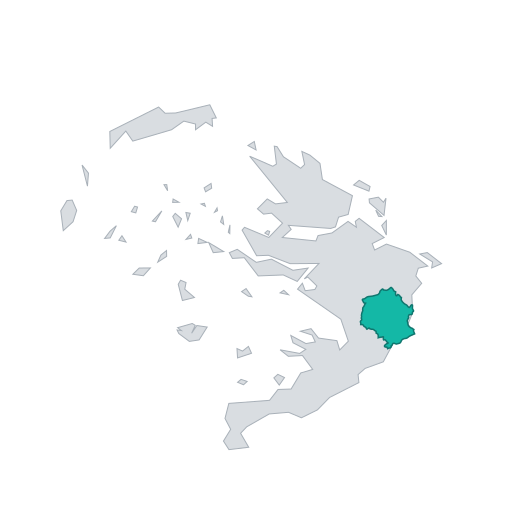 Dytiki Makedonia on a map of Greece (Equal Earth projection), rotated 158°
{"feature_id": "GRC-2892", "entity_name": "Dytiki Makedonia", "entity_type": "Region", "adm_level": 1, "iso_a3": "GRC", "parent_name": "Greece", "parent_adm1": "", "projection": "equal_earth", "projection_center": [21.4, 40.362], "detail": "fine", "context": "in_parent", "style": "filled", "palette": "teal", "viewbox_px": 512, "rotation_deg": 158, "n_neighbors": 0, "source": "natural_earth", "source_scale": "10m", "svg_char_len": 5980}
<svg xmlns="http://www.w3.org/2000/svg" viewBox="0 0 512 512"><g transform="rotate(158 256 256)"><path d="M334.4,81.4L353.6,86.6L355.5,96.6L344.4,104.8L345.6,117.0L336.4,129.5L297.5,117.1L285.6,124.0L273.3,119.5L258.3,130.8L245.9,129.6L250.2,146.3L263.6,150.9L268.8,160.0L252.0,149.3L244.8,150.8L254.2,161.7L253.5,169.3L242.5,156.1L233.2,154.1L233.6,161.7L243.0,169.6L232.2,168.0L228.8,156.5L212.7,147.2L213.6,137.5L202.3,142.4L201.0,165.6L229.9,209.7L223.2,213.4L223.4,205.4L214.0,202.9L210.8,205.4L212.7,209.9L215.9,217.1L219.8,216.7L200.4,225.5L227.2,236.1L244.2,252.0L255.3,256.0L259.2,285.2L255.9,286.9L237.2,268.4L219.1,276.5L225.5,289.9L233.3,292.0L237.0,299.2L224.2,304.7L218.4,297.0L206.9,293.9L224.5,350.9L206.8,332.9L202.6,333.6L197.9,351.0L195.5,349.5L193.4,337.7L181.7,320.6L176.7,322.6L174.3,335.8L168.2,329.3L162.0,317.9L165.8,302.0L144.0,275.8L155.0,260.0L164.9,261.1L171.4,253.2L176.5,253.6L214.5,272.3L213.4,267.5L224.7,263.3L194.8,247.5L190.8,251.7L176.9,248.9L157.7,253.6L152.1,245.0L151.0,250.9L146.3,252.3L130.2,225.1L143.6,224.0L143.8,217.1L130.6,218.2L112.0,201.9L100.5,182.3L110.1,183.9L115.3,177.6L112.6,168.6L126.1,161.6L131.9,144.9L140.6,135.9L138.0,124.4L161.6,123.5L177.6,110.2L196.9,110.9L205.8,107.8L208.0,100.1L240.7,97.3L256.7,90.3L274.5,89.0L284.4,98.9L302.9,104.6L328.6,101.1L336.7,97.4L334.4,81.4ZM252.4,398.9L264.8,395.7L262.6,401.0L272.4,408.1L287.0,404.7L327.2,408.7L329.9,420.6L350.8,410.5L344.9,426.2L290.5,430.6L286.8,422.4L276.9,418.7L242.2,413.5L241.1,398.9L245.2,400.0L247.7,392.5L252.4,398.9ZM227.3,217.0L237.8,228.2L261.4,236.7L267.5,258.8L278.8,262.6L279.5,269.1L270.9,269.2L258.1,250.0L242.9,247.3L227.1,228.9L212.2,225.3L227.3,217.0ZM349.8,201.8L356.6,213.0L356.9,217.0L353.1,214.8L355.5,218.9L340.4,217.3L338.3,214.5L344.6,208.5L336.9,213.7L327.9,208.4L340.2,199.5L349.8,201.8ZM410.5,378.2L405.5,376.7L405.2,365.4L412.8,356.3L425.2,351.7L420.1,371.0L410.5,378.2ZM338.7,258.9L335.0,261.8L330.8,257.6L334.5,251.9L328.6,240.6L340.9,242.3L338.7,258.9ZM122.1,245.7L130.9,262.8L129.8,266.5L120.5,264.7L117.7,258.1L113.8,260.9L122.1,245.7ZM103.4,196.5L95.9,195.0L86.8,179.4L97.6,179.1L94.5,184.4L103.4,196.5ZM311.3,168.4L308.3,177.3L304.1,172.9L296.9,175.0L296.6,167.5L311.3,168.4ZM367.8,279.9L377.0,285.2L368.8,288.6L358.4,284.5L367.8,279.9ZM285.1,136.3L280.1,138.1L275.1,132.6L282.8,127.6L285.1,136.3ZM127.0,273.8L138.9,285.3L132.0,287.5L124.2,277.7L127.0,273.8ZM318.4,323.8L314.9,325.8L311.1,318.4L317.4,311.9L318.4,323.8ZM294.4,275.1L294.8,286.1L284.3,272.2L294.4,275.1ZM386.1,383.9L383.2,405.5L380.3,395.6L386.1,383.9ZM128.0,237.2L121.8,240.1L127.3,226.6L128.0,237.2ZM222.1,361.5L214.7,362.8L216.2,354.3L222.1,361.5ZM374.1,336.4L384.4,327.4L389.8,329.0L382.0,333.7L374.1,336.4ZM336.9,294.6L339.0,289.1L349.4,287.1L343.8,292.5L336.9,294.6ZM306.0,314.4L304.7,322.6L301.0,320.3L306.0,314.4ZM305.2,289.3L302.6,293.8L296.2,286.9L305.2,289.3ZM282.7,228.4L277.4,229.5L275.1,219.7L278.2,221.6L282.7,228.4ZM320.4,145.8L316.1,147.2L311.2,143.0L315.8,141.3L320.4,145.8ZM278.7,334.4L278.6,338.6L270.5,340.1L271.7,335.5L278.7,334.4ZM339.0,327.2L326.4,333.1L336.4,325.4L339.0,327.2ZM272.8,288.4L268.5,294.6L271.9,286.6L272.8,288.4ZM314.7,297.6L308.6,300.6L308.8,296.7L314.7,297.6ZM355.0,343.8L349.9,347.6L347.5,345.8L351.3,341.0L355.0,343.8ZM377.3,322.0L372.7,325.0L371.3,317.6L377.3,322.0ZM276.1,300.9L272.1,305.8L274.1,297.4L276.1,300.9ZM127.5,246.9L127.8,253.7L124.5,245.4L127.5,246.9ZM313.2,336.9L311.5,339.9L307.3,334.7L313.2,336.9ZM247.5,212.8L243.1,213.8L240.3,207.9L247.5,212.8ZM239.2,274.0L235.9,275.2L234.1,273.7L236.6,270.6L239.2,274.0ZM278.1,312.1L274.1,315.2L274.7,312.4L278.1,312.1ZM313.5,349.6L314.6,356.6L312.0,355.6L313.5,349.6ZM287.5,324.8L284.1,324.2L284.3,321.0L287.5,324.8Z" fill="#d9dde1" stroke="#a8b0b8" stroke-width="1"/><path d="M136.0,144.2L136.9,143.5L137.3,143.0L137.4,142.7L137.5,142.4L137.5,141.8L137.7,141.4L138.2,141.1L138.7,140.9L138.9,140.4L139.3,140.1L139.6,139.9L139.9,139.6L140.1,139.1L140.2,138.7L140.2,138.3L140.2,137.7L140.7,136.0L140.8,135.0L140.7,134.1L140.5,133.2L140.1,132.5L139.1,131.2L138.0,130.2L137.8,129.8L137.7,129.4L137.6,129.0L137.2,128.7L137.9,127.9L138.1,126.8L138.1,124.4L143.7,124.2L146.5,123.4L147.5,123.4L148.9,123.7L149.5,123.9L150.8,123.9L152.1,123.6L152.7,123.2L154.1,121.9L155.0,121.4L156.0,121.4L158.9,121.8L159.0,121.9L160.7,123.4L161.8,123.6L162.2,123.4L163.1,122.5L163.4,122.2L163.7,122.1L164.2,122.2L164.4,122.1L164.6,121.8L164.6,121.2L165.8,120.5L167.8,120.9L168.6,120.7L168.8,122.5L170.1,123.1L170.7,123.8L170.6,124.5L170.0,125.0L169.2,125.3L167.8,125.7L166.4,125.6L166.1,126.2L166.7,126.9L167.3,129.2L167.7,130.0L169.1,130.4L169.1,131.1L168.2,133.3L168.8,133.6L169.5,133.6L171.1,134.1L171.8,134.1L172.5,134.5L173.3,134.4L172.4,136.7L172.4,138.1L173.5,139.5L173.0,140.8L173.0,141.5L173.6,142.0L174.5,143.7L175.1,144.3L176.5,144.9L177.7,145.8L177.8,146.5L178.4,146.9L180.6,146.6L180.9,147.3L180.8,148.0L180.9,148.7L182.2,150.2L182.4,151.6L182.8,152.4L184.6,153.2L184.0,154.4L183.9,155.9L183.4,156.5L181.9,157.2L181.6,158.0L181.7,159.0L180.8,160.1L180.5,161.5L179.3,163.4L177.5,165.3L177.1,166.6L176.3,168.0L174.8,168.9L172.9,170.7L172.1,171.2L173.4,172.0L173.7,172.8L173.6,173.4L173.9,174.9L173.8,175.6L173.3,176.0L171.3,175.7L168.4,176.4L167.0,176.3L163.1,175.2L157.4,174.5L155.9,175.1L155.1,175.7L154.2,176.9L153.4,177.3L151.8,177.9L151.1,178.0L150.6,177.5L150.6,176.8L148.0,175.3L146.6,175.2L144.5,175.7L143.0,176.3L142.3,176.1L141.6,174.6L141.1,171.7L139.9,170.5L140.9,168.5L141.0,166.9L140.4,166.4L138.9,167.2L137.8,165.8L137.3,163.6L136.7,163.1L137.7,161.3L137.8,160.5L137.3,158.3L136.3,156.1L134.6,154.0L133.9,151.7L133.3,150.9L131.9,151.3L131.3,151.9L130.6,152.3L129.9,152.4L129.4,152.0L129.3,151.8L129.9,150.3L130.3,149.5L130.5,149.1L130.6,148.5L130.6,147.9L130.4,146.6L130.5,146.1L130.8,145.7L131.6,145.5L132.0,145.3L132.3,144.8L132.5,144.3L132.7,143.9L133.2,143.6L134.2,143.5L135.1,144.0L136.0,144.2Z" fill="#14b8a6" stroke="#0f766e" stroke-width="1.5"/></g></svg>